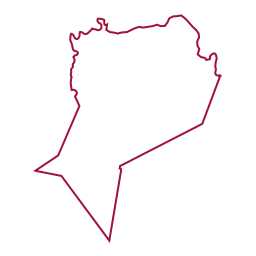 the district of Santos Reyes Tepejillo, Oaxaca, Mexico
{"feature_id": "50627088B75439888832629", "entity_name": "Santos Reyes Tepejillo", "entity_type": "district", "adm_level": 2, "iso_a3": "MEX", "parent_name": "Mexico", "parent_adm1": "Oaxaca", "projection": "orthographic", "projection_center": [-97.955, 17.412], "detail": "fine", "context": "isolated", "style": "outline", "palette": "rose", "viewbox_px": 256, "rotation_deg": 0, "n_neighbors": 0, "source": "geoboundaries", "source_scale": "gbopen_adm2", "svg_char_len": 1862}
<svg xmlns="http://www.w3.org/2000/svg" viewBox="0 0 256 256"><path d="M35.4,170.7L35.9,170.9L61.4,175.9L109.3,240.6L120.7,172.7L121.1,170.9L121.0,169.1L119.7,168.5L120.1,166.0L202.3,123.8L219.1,78.8L219.5,78.1L219.3,77.4L219.6,76.7L220.6,75.9L220.3,75.4L217.9,75.5L216.5,75.3L215.7,74.4L215.2,72.9L215.6,71.2L215.9,69.0L215.3,66.7L215.6,62.7L216.7,58.4L215.9,54.7L214.7,53.5L213.4,53.4L211.3,54.8L209.9,56.5L210.2,58.2L209.7,59.2L206.3,59.9L205.1,58.0L200.9,57.0L197.7,54.3L199.3,49.1L197.4,45.5L197.2,41.3L199.1,37.4L198.6,33.4L196.1,30.0L192.7,26.8L190.2,24.0L187.6,21.0L184.5,17.9L181.1,15.4L177.0,16.2L173.1,16.4L169.3,18.3L167.3,22.7L164.8,25.9L160.7,26.1L157.1,24.7L152.7,26.1L147.5,26.9L143.2,27.6L139.0,26.9L134.8,28.3L131.1,30.0L126.9,32.1L122.1,32.4L117.8,33.5L114.0,32.6L110.0,32.1L106.3,29.9L106.9,25.6L107.0,24.6L106.5,25.0L105.2,25.0L104.6,24.5L104.3,23.8L104.2,22.5L104.3,21.0L104.0,19.8L101.8,19.0L100.2,18.8L99.1,18.6L98.0,18.7L97.5,19.5L97.5,20.5L97.8,21.7L98.3,22.5L100.4,23.7L101.3,24.7L101.5,25.7L101.5,26.4L101.5,27.0L101.4,27.7L101.2,28.3L100.6,29.3L99.9,29.6L98.8,30.0L97.7,30.2L96.8,29.9L95.7,29.3L94.5,29.3L93.5,29.1L92.3,28.5L91.5,29.7L90.3,30.7L89.6,31.5L89.1,32.0L88.2,32.8L87.3,33.5L86.7,33.8L86.0,34.0L85.2,34.1L84.5,33.9L83.7,33.5L83.0,32.9L82.4,32.5L81.6,32.3L80.9,32.0L80.1,31.9L79.7,32.7L79.6,33.9L79.6,35.5L79.2,36.9L78.4,38.2L77.3,39.0L76.5,39.0L75.4,38.6L74.7,37.9L73.6,35.4L72.5,34.3L71.1,33.8L70.5,35.8L70.2,39.9L72.1,44.9L72.9,49.4L74.2,50.7L76.9,51.6L77.5,52.0L77.9,52.7L77.7,53.7L77.2,54.4L76.7,54.9L75.8,55.2L74.9,55.4L73.4,57.1L74.1,58.1L74.6,60.7L73.9,62.7L72.7,64.3L73.0,66.6L71.0,69.5L71.3,71.9L70.9,73.5L71.0,76.2L71.6,76.9L71.0,79.3L70.7,83.6L71.5,88.8L71.6,89.9L73.6,89.8L75.4,90.5L76.7,91.9L76.9,93.2L76.4,94.6L75.0,96.3L79.4,106.0L58.2,155.4L35.4,170.7Z" fill="none" stroke="#9f1239" stroke-width="2"/></svg>